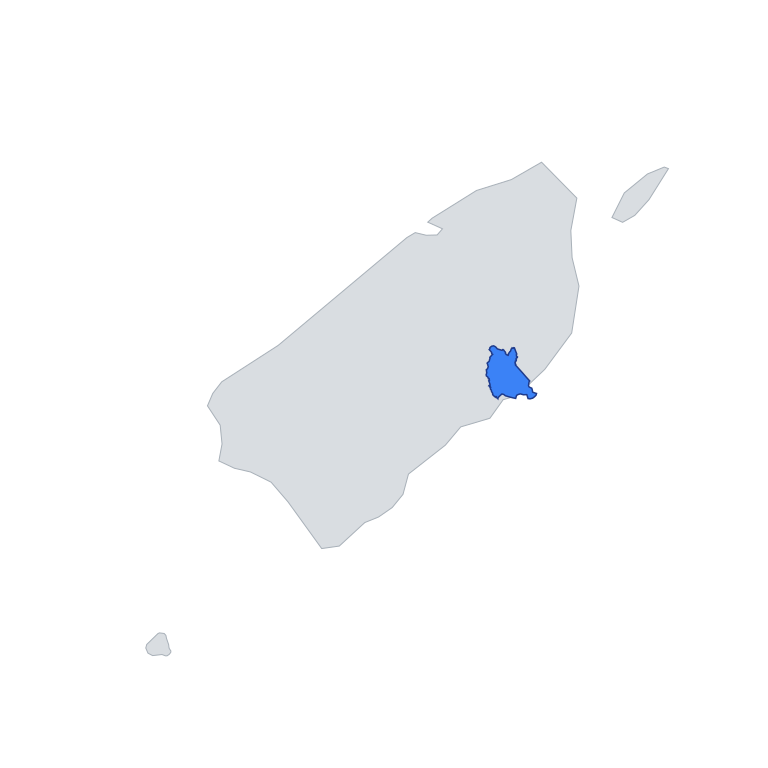 Salinas, Puerto Rico (highlighted), rotated 318°
{"feature_id": "32010507B26348414705735", "entity_name": "Salinas", "entity_type": "district", "adm_level": 2, "iso_a3": "PRI", "parent_name": "Puerto Rico", "parent_adm1": "", "projection": "equal_earth", "projection_center": [-66.255, 18.004], "detail": "fine", "context": "in_parent", "style": "filled", "palette": "blue", "viewbox_px": 768, "rotation_deg": 318, "n_neighbors": 0, "source": "geoboundaries", "source_scale": "gbopen_adm2", "svg_char_len": 3252}
<svg xmlns="http://www.w3.org/2000/svg" viewBox="0 0 768 768"><g transform="rotate(318 384 384)"><path d="M514.9,301.7L523.2,308.8L531.3,307.8L524.8,293.0L530.8,293.0L582.3,302.1L615.4,317.3L649.5,324.6L651.7,374.9L625.5,395.0L608.3,416.0L594.4,441.7L557.6,471.7L513.3,480.7L483.8,481.5L472.8,480.6L462.1,475.4L439.8,480.3L412.3,467.2L388.7,470.5L341.9,467.3L324.3,478.7L307.5,481.3L291.0,479.2L277.0,474.1L242.3,474.5L227.6,464.6L233.8,407.3L234.4,381.4L225.9,360.0L216.5,346.6L209.8,330.7L223.5,320.2L234.7,305.0L238.2,282.1L250.5,276.4L264.9,273.8L331.2,284.5L499.0,290.5L508.5,292.4L514.9,301.7ZM704.3,424.3L683.2,426.5L669.5,423.5L664.8,412.8L690.4,402.8L720.3,404.2L737.4,410.3L739.5,414.3L704.3,424.3ZM45.9,440.8L43.3,441.2L40.8,440.8L39.7,439.8L38.0,436.5L30.3,431.0L28.5,426.1L30.3,420.8L33.4,418.8L49.0,418.2L50.6,418.7L53.7,422.3L53.7,424.9L52.2,427.4L49.5,433.7L48.3,435.3L47.4,436.9L47.0,439.8L45.9,440.8Z" fill="#d9dde1" stroke="#a8b0b8" stroke-width="1"/><path d="M460.6,456.7L460.6,457.4L460.5,457.9L459.6,459.3L459.7,460.3L459.4,460.7L458.8,461.7L458.7,463.0L458.4,463.8L458.1,464.0L457.6,464.8L457.7,465.5L457.7,466.6L457.9,467.9L458.5,468.0L458.9,468.4L458.3,468.5L458.2,469.0L458.8,470.2L458.8,471.0L458.9,470.9L461.0,470.3L463.2,470.3L463.5,470.3L464.9,470.3L465.1,470.5L466.0,471.9L466.3,473.9L466.6,474.4L467.0,475.0L467.9,476.5L469.1,478.4L470.2,480.0L470.4,480.3L470.8,480.9L471.5,481.8L472.2,482.8L474.9,481.2L476.5,481.5L478.6,482.5L479.0,483.0L480.4,485.3L480.8,485.6L481.6,486.3L482.9,487.3L483.0,487.5L481.3,491.2L482.5,492.7L485.0,494.0L487.1,494.2L489.4,494.1L491.0,493.1L490.6,492.5L489.1,489.7L489.2,489.2L490.2,487.7L491.0,486.0L490.8,485.5L490.4,484.7L489.9,483.4L489.9,483.0L490.2,482.1L490.6,481.6L490.9,481.4L492.0,480.4L493.4,479.4L494.3,479.3L494.3,475.9L494.3,473.5L494.4,468.7L494.4,466.4L494.4,458.2L494.4,457.8L495.0,457.7L495.1,456.8L495.5,456.4L495.5,456.0L495.9,455.6L496.4,455.5L496.9,455.0L497.2,455.3L498.0,455.1L498.3,454.5L498.6,454.5L498.9,453.7L500.2,453.2L500.7,453.6L501.3,453.2L501.1,452.0L501.9,450.9L502.0,450.8L502.1,450.7L502.7,450.6L503.6,448.2L505.1,444.4L504.7,443.8L503.9,443.9L503.4,442.9L503.1,443.2L501.9,443.1L500.3,444.1L499.5,444.3L499.1,444.2L496.7,444.8L496.3,445.2L496.3,445.3L496.2,445.4L495.9,445.5L495.7,445.6L495.4,445.8L495.3,445.7L495.2,445.4L495.1,444.9L494.6,444.1L494.7,442.6L495.4,441.9L495.5,441.5L495.5,440.0L495.7,439.1L495.5,438.0L495.2,437.8L494.3,438.0L493.8,437.3L493.6,436.9L492.8,435.5L492.7,435.4L491.7,433.7L491.8,431.5L491.5,430.2L491.0,429.0L489.4,428.0L487.4,427.8L486.8,428.0L486.6,428.4L485.9,428.7L485.2,428.8L485.2,431.8L484.9,432.9L484.5,433.3L484.4,433.8L484.6,434.6L484.4,434.6L484.0,434.6L483.5,434.7L480.5,435.0L479.9,435.9L478.9,436.4L477.7,437.3L477.0,437.5L475.4,437.4L474.6,437.5L474.4,437.8L474.1,439.0L473.6,439.7L473.1,440.9L471.1,441.9L470.2,441.9L469.7,441.8L469.3,442.5L469.0,442.6L468.7,443.2L468.2,443.8L468.1,444.2L466.9,445.1L466.4,445.2L465.5,446.4L465.8,448.3L465.2,449.8L465.6,449.9L465.7,450.4L465.2,451.1L464.9,451.7L464.6,451.6L463.9,451.7L463.8,452.4L463.2,453.6L462.7,454.9L462.1,455.8L461.4,455.4L460.8,455.5L461.3,456.3L461.2,456.9L460.9,456.4L460.6,456.7Z" fill="#3b82f6" stroke="#1e3a8a" stroke-width="1.5"/></g></svg>